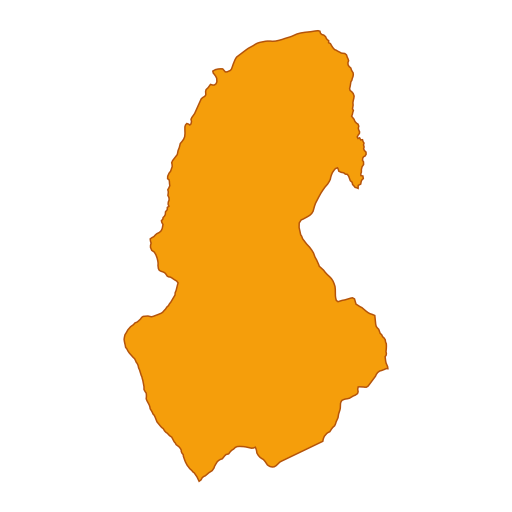 Kabuchai, Western, Kenya (Natural Earth projection)
{"feature_id": "3690345B50484339603555", "entity_name": "Kabuchai", "entity_type": "district", "adm_level": 2, "iso_a3": "KEN", "parent_name": "Kenya", "parent_adm1": "Western", "projection": "natural_earth1", "projection_center": [34.605, 0.696], "detail": "fine", "context": "isolated", "style": "filled", "palette": "amber", "viewbox_px": 512, "rotation_deg": 0, "n_neighbors": 0, "source": "geoboundaries", "source_scale": "gbopen_adm2", "svg_char_len": 6037}
<svg xmlns="http://www.w3.org/2000/svg" viewBox="0 0 512 512"><path d="M330.4,43.6L328.6,42.7L328.7,40.7L327.3,39.7L326.3,38.4L325.6,36.7L323.8,35.1L321.8,34.5L320.5,33.3L319.9,31.2L318.0,30.7L315.1,31.0L310.8,31.7L305.0,32.3L300.6,33.0L296.9,34.0L291.8,36.3L289.8,37.0L285.1,38.4L282.3,39.4L279.1,40.3L275.5,41.1L273.9,41.2L272.4,41.3L270.5,41.1L267.1,41.1L265.3,41.3L259.8,42.4L257.3,43.2L255.4,44.2L253.3,45.6L248.5,48.2L246.2,49.8L236.7,57.0L235.8,58.3L235.0,59.8L233.2,64.2L232.3,66.8L231.5,69.0L230.4,70.4L227.0,71.9L225.3,71.9L222.7,68.9L220.8,68.8L218.2,69.0L215.5,69.6L212.8,71.1L213.3,73.2L214.3,74.3L215.6,76.1L216.7,78.3L216.9,81.7L216.1,83.7L214.4,85.0L212.9,85.1L210.5,84.4L208.1,87.7L206.1,89.6L205.6,91.5L205.8,94.8L204.8,96.3L202.6,97.6L201.2,98.9L194.6,113.6L191.9,117.4L191.0,119.3L191.5,121.6L191.0,123.9L189.8,125.0L188.5,124.1L186.8,123.5L185.5,125.0L184.9,126.9L184.9,130.0L185.0,133.4L184.7,136.6L183.7,139.1L182.1,141.4L180.3,143.5L179.3,147.5L178.1,150.5L177.3,154.5L172.6,160.6L171.7,162.7L172.1,164.6L172.2,166.6L170.6,171.2L169.1,173.1L167.7,176.2L167.6,178.7L169.1,179.9L169.4,181.5L169.5,183.5L169.8,185.7L169.0,187.6L167.8,189.8L168.3,191.7L168.2,193.4L167.9,195.4L169.0,197.7L169.1,200.1L168.3,202.0L168.1,204.1L168.9,206.3L167.3,207.4L167.3,209.6L165.5,211.8L165.3,214.5L164.4,216.2L163.1,217.5L162.8,219.2L161.4,220.7L161.9,222.6L163.0,224.5L162.2,228.6L161.1,230.8L159.4,232.4L156.8,233.7L155.2,235.1L153.9,236.6L152.0,237.6L150.2,238.9L150.5,241.2L151.1,243.1L150.5,245.5L150.5,247.4L151.7,250.3L154.3,252.1L155.9,254.8L157.1,258.0L157.8,260.9L158.1,263.2L158.0,265.6L158.4,268.6L159.3,270.3L161.1,271.3L162.7,271.8L164.1,272.4L165.4,273.4L167.3,276.2L168.8,276.9L170.4,277.1L172.1,278.1L174.4,279.7L176.6,281.0L178.1,282.9L177.5,284.9L176.1,290.5L175.2,292.6L175.0,295.0L170.9,302.0L169.4,303.9L168.5,305.6L166.9,307.0L165.6,309.0L163.9,310.8L162.7,312.2L161.3,313.2L158.1,314.5L153.1,316.4L151.4,316.8L147.9,316.0L143.2,316.4L141.7,317.4L140.4,319.2L138.1,321.3L136.9,322.2L135.0,322.9L133.4,324.7L130.6,326.7L127.9,329.8L126.1,333.0L125.0,334.7L124.4,337.3L124.1,339.3L124.4,341.5L124.8,343.4L125.2,345.0L125.6,347.3L126.9,349.0L128.0,351.1L129.3,353.0L133.1,357.3L134.6,358.7L135.6,360.7L136.2,362.2L137.2,363.5L138.1,365.5L138.6,367.9L139.5,369.8L141.2,375.3L141.9,376.9L142.3,378.7L142.8,380.3L144.0,386.7L144.0,389.5L145.2,391.7L146.2,393.1L146.4,394.8L146.4,396.7L146.2,398.8L147.0,400.8L149.2,404.9L149.9,407.0L150.2,408.8L151.4,410.7L152.4,412.5L153.0,414.0L154.2,415.3L155.0,416.9L157.0,421.9L160.1,425.7L161.6,427.4L163.3,428.7L164.5,430.8L166.0,432.4L167.4,433.3L168.7,434.8L170.0,436.0L171.7,437.1L174.2,441.8L175.3,443.0L176.1,444.6L179.0,446.8L180.3,448.4L181.2,450.0L181.3,451.6L182.0,453.2L183.2,454.6L183.4,456.3L184.7,460.1L185.5,462.1L187.3,465.5L188.4,466.8L189.7,468.6L191.8,470.5L193.0,472.0L194.2,472.8L197.0,476.9L199.1,481.3L201.0,479.9L202.3,477.6L203.9,476.4L205.3,475.8L208.8,472.8L212.2,470.6L214.0,468.0L214.5,466.4L215.6,464.4L217.2,461.8L218.6,460.5L220.2,459.5L222.3,458.8L224.8,455.7L226.1,454.5L228.6,453.9L230.2,451.8L231.7,450.3L233.7,449.0L235.3,447.4L237.1,446.6L239.3,446.4L243.4,446.6L245.7,446.9L251.5,448.2L253.6,448.0L255.3,447.2L256.0,448.8L256.5,450.5L256.9,453.0L258.3,455.4L260.1,457.4L261.8,458.6L263.4,459.5L265.1,461.5L267.4,464.9L268.7,465.8L270.2,466.6L272.4,467.0L274.2,466.8L276.2,465.6L279.8,462.1L281.6,461.1L322.8,441.3L323.2,439.2L323.8,437.5L324.5,436.1L326.8,433.4L328.1,432.5L329.8,431.7L331.4,429.2L332.8,427.4L334.6,425.8L335.5,423.9L336.1,421.9L338.0,417.7L338.6,414.0L339.9,410.0L340.3,408.1L340.5,403.5L341.0,401.8L342.0,400.3L344.1,399.4L345.5,399.0L347.5,398.7L349.5,398.2L353.4,395.9L355.2,395.2L357.5,393.6L358.1,391.8L357.7,389.1L358.2,386.9L359.6,386.8L363.5,387.0L364.9,387.2L366.4,387.2L368.1,386.1L375.5,376.2L376.3,374.4L377.7,372.5L379.7,371.0L381.6,370.5L384.7,369.3L386.1,368.6L387.9,368.7L387.6,366.6L386.1,363.1L385.7,361.4L385.1,356.7L386.1,355.3L386.4,353.7L386.0,351.6L386.3,348.7L386.4,346.1L386.3,343.7L385.6,342.1L385.2,339.7L384.0,337.9L382.6,336.7L381.6,334.6L380.2,333.4L378.7,329.3L377.3,327.9L376.2,326.4L375.7,324.2L374.8,315.5L372.0,314.3L370.0,313.7L368.0,312.6L365.9,311.0L361.9,307.6L359.9,306.6L356.0,304.1L354.5,298.9L352.5,297.8L350.8,298.1L344.9,299.9L342.1,300.4L338.0,301.7L336.3,300.4L335.7,298.1L335.4,295.8L335.3,289.5L335.0,286.5L334.1,283.7L333.0,281.1L331.4,278.6L329.7,276.8L327.2,274.5L325.1,272.2L323.5,270.1L319.3,266.3L318.6,264.4L316.6,259.9L315.0,257.1L313.5,253.0L311.8,250.2L309.6,247.2L306.6,244.0L302.7,238.9L301.6,236.1L300.7,234.8L299.1,227.5L299.2,223.0L300.4,221.1L301.3,219.8L302.9,219.2L307.5,216.7L309.8,215.3L311.7,213.5L313.1,211.2L314.5,206.2L315.5,203.3L318.5,197.5L320.8,193.3L322.6,190.5L324.9,187.2L327.6,184.1L329.3,181.4L330.3,179.3L330.8,176.9L331.5,174.8L332.4,172.6L334.0,170.3L335.4,168.6L337.5,167.8L338.3,169.4L338.8,171.2L341.1,172.3L343.7,172.8L345.3,174.1L347.4,174.4L348.7,176.3L350.3,180.7L352.1,182.3L352.6,184.5L354.0,186.0L355.1,187.4L356.7,187.8L358.1,188.4L358.2,185.4L360.7,184.1L361.1,182.0L361.6,180.3L363.3,178.6L362.9,176.0L360.9,175.6L360.8,173.8L361.4,172.1L361.4,169.4L362.1,166.7L363.6,164.5L363.5,161.8L362.5,160.3L362.8,157.9L363.7,156.7L365.1,156.0L366.1,154.3L366.0,152.1L364.4,150.5L363.6,148.8L364.1,147.0L363.5,144.9L364.0,143.1L363.0,141.5L362.5,139.7L360.7,139.9L359.6,137.8L358.0,138.5L357.2,136.9L358.2,135.0L359.4,133.5L359.6,131.9L358.7,129.9L358.3,128.1L358.8,126.2L358.0,124.1L356.5,123.2L354.9,121.4L354.0,119.2L351.6,116.2L352.3,114.6L352.8,112.3L353.4,110.4L352.5,108.9L353.1,105.1L352.9,102.6L353.3,100.4L353.8,98.3L354.1,96.1L353.2,93.5L351.7,91.7L350.1,90.5L349.6,88.6L350.2,86.1L350.9,81.7L351.8,80.4L352.3,78.4L353.0,76.5L353.3,74.7L353.1,72.8L352.2,71.4L351.4,69.9L350.8,68.0L349.2,66.6L348.1,64.9L347.9,62.7L348.6,60.7L348.0,58.8L347.2,57.1L346.5,54.9L344.8,53.5L341.4,53.1L339.6,52.1L337.6,51.1L336.2,50.2L334.6,49.6L332.9,47.7L331.7,45.9L330.4,43.6Z" fill="#f59e0b" stroke="#b45309" stroke-width="1.5"/></svg>